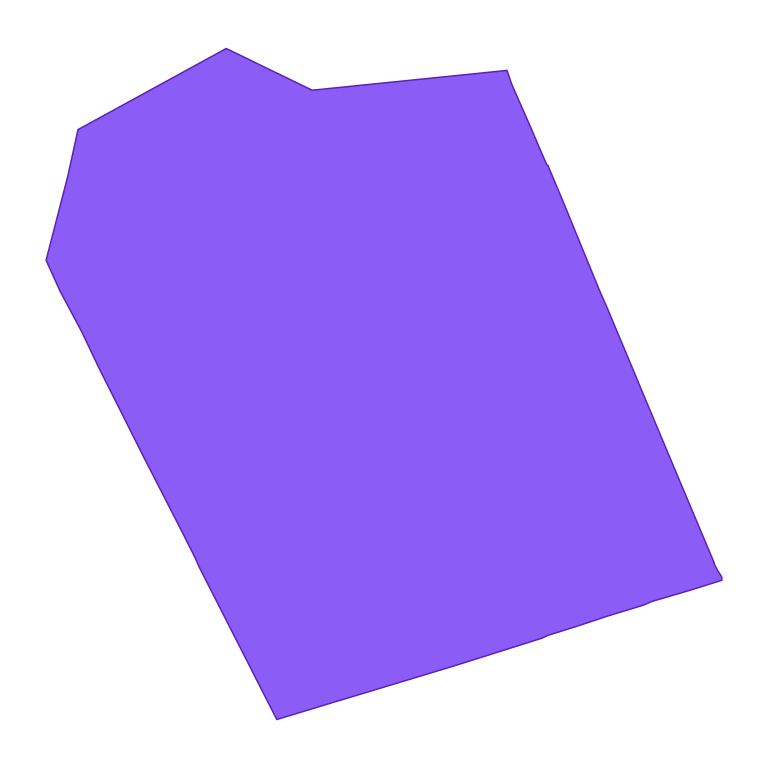 Bagaxangai, Töv, Mongolia (Albers equal-area conic projection)
{"feature_id": "93677404B94518670866672", "entity_name": "Bagaxangai", "entity_type": "district", "adm_level": 2, "iso_a3": "MNG", "parent_name": "Mongolia", "parent_adm1": "Töv", "projection": "albers", "projection_center": [107.475, 47.372], "detail": "fine", "context": "isolated", "style": "filled", "palette": "violet", "viewbox_px": 768, "rotation_deg": 0, "n_neighbors": 0, "source": "geoboundaries", "source_scale": "gbopen_adm2", "svg_char_len": 804}
<svg xmlns="http://www.w3.org/2000/svg" viewBox="0 0 768 768"><path d="M507.0,70.4L312.1,90.2L226.2,48.5L78.0,129.6L67.9,175.8L48.6,250.5L46.1,260.3L60.1,291.2L82.2,332.7L98.5,367.1L123.6,417.0L143.1,455.9L182.3,532.3L195.3,558.2L199.1,566.9L202.2,573.0L276.8,719.5L332.8,702.5L350.8,697.1L455.1,665.6L535.8,640.1L537.4,639.6L542.0,638.2L545.7,636.4L547.6,635.4L550.3,634.6L561.2,631.2L565.3,629.9L572.4,627.7L573.3,627.4L574.7,627.0L607.5,616.1L643.5,605.1L652.1,601.4L692.9,589.4L721.9,580.2L721.8,577.0L717.5,570.3L715.1,565.7L713.1,560.2L679.8,481.2L644.1,396.1L643.2,393.9L642.2,391.6L641.1,389.1L637.1,379.3L636.4,377.6L607.5,308.6L599.7,290.9L574.7,229.9L563.7,203.0L548.0,165.6L546.6,164.2L541.8,153.4L531.5,129.2L511.7,84.2L507.0,70.4Z" fill="#8b5cf6" stroke="#5b21b6" stroke-width="1.5"/></svg>